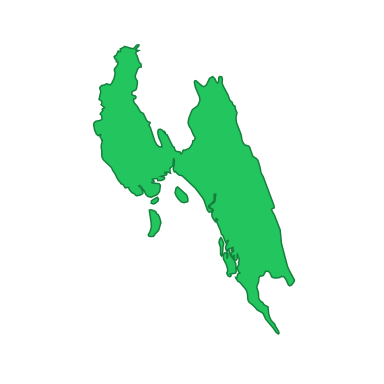 map outline of Chittagong (orthographic projection), rotated 349°
{"feature_id": "BGD-2476", "entity_name": "Chittagong", "entity_type": "Division", "adm_level": 1, "iso_a3": "BGD", "parent_name": "Bangladesh", "parent_adm1": "", "projection": "orthographic", "projection_center": [91.588, 22.498], "detail": "fine", "context": "isolated", "style": "filled", "palette": "green", "viewbox_px": 384, "rotation_deg": 349, "n_neighbors": 0, "source": "natural_earth", "source_scale": "10m", "svg_char_len": 6077}
<svg xmlns="http://www.w3.org/2000/svg" viewBox="0 0 384 384"><g transform="rotate(349 192 192)"><path d="M272.4,287.3L275.8,298.1L275.0,299.5L273.4,301.2L271.5,302.5L269.8,302.7L268.9,301.5L267.6,296.1L266.0,292.6L263.8,292.1L261.1,292.7L257.6,292.4L255.7,291.8L254.1,290.6L253.0,286.1L251.9,284.6L249.3,283.8L246.1,287.6L242.2,287.8L241.2,289.5L240.1,293.3L237.9,296.6L237.4,298.2L238.0,303.4L237.2,309.2L238.3,312.0L240.2,313.8L241.3,316.5L244.7,319.3L244.0,326.4L244.4,330.0L245.3,333.3L248.1,337.8L248.3,339.5L250.4,345.3L250.5,347.2L249.8,347.8L249.3,347.5L247.8,345.8L245.8,341.2L240.1,330.9L238.7,325.1L238.2,324.2L233.8,320.5L230.7,315.4L227.1,311.1L226.5,309.6L226.4,307.8L227.0,302.0L226.4,298.2L221.8,289.9L220.1,288.5L218.8,285.6L218.5,284.2L219.6,284.7L221.2,281.5L222.6,280.5L224.1,281.1L223.1,280.1L222.3,278.5L221.8,275.0L224.4,271.7L224.1,270.2L225.6,268.0L225.2,267.2L225.7,266.3L225.6,265.6L224.5,264.8L225.0,262.3L224.7,261.6L224.1,262.9L224.7,262.9L223.6,265.9L222.7,267.2L221.3,267.2L220.6,266.1L221.3,262.3L220.7,262.3L220.3,263.8L219.5,263.7L218.5,261.3L218.7,259.4L220.5,258.6L221.8,257.4L221.3,256.8L219.9,257.8L219.3,257.1L219.8,255.8L221.8,255.0L221.8,254.3L217.9,254.7L215.1,255.6L214.3,254.8L214.4,252.7L215.3,250.8L216.8,250.1L216.1,249.2L216.4,248.3L218.4,247.1L218.4,246.4L216.8,246.9L215.6,248.4L214.8,245.4L214.2,241.1L212.7,238.9L212.7,235.6L210.6,226.5L210.5,223.5L211.6,224.0L211.2,222.8L210.4,223.0L209.9,224.1L209.9,225.8L209.3,225.8L207.7,222.4L207.1,220.2L207.1,218.0L207.5,216.7L209.3,214.3L209.2,212.9L207.0,211.2L206.8,209.0L208.2,208.0L212.1,206.4L213.0,204.8L214.9,198.5L213.2,198.5L212.3,203.3L212.4,204.0L209.7,206.5L205.9,208.5L205.3,209.4L205.6,210.8L208.2,212.5L208.2,214.2L206.8,215.2L205.0,215.1L203.7,213.1L202.3,203.0L201.4,199.8L195.9,188.8L185.4,174.1L182.8,173.1L181.4,171.7L179.6,168.7L178.9,169.1L178.4,168.7L177.9,166.6L178.1,165.5L178.8,164.5L180.7,158.1L180.7,156.0L180.1,156.0L178.4,162.3L177.6,163.3L175.8,163.8L174.7,165.3L174.3,167.3L174.5,169.4L172.1,167.9L168.9,167.5L168.9,168.2L170.6,168.7L170.9,169.5L170.0,170.3L164.4,170.7L167.8,172.3L167.6,173.6L166.5,174.4L163.8,174.8L160.6,174.3L160.5,172.3L158.3,171.8L155.5,171.8L155.5,172.3L156.5,173.3L156.9,174.2L156.3,174.9L154.4,174.8L154.4,175.4L161.3,177.6L162.2,179.4L161.9,180.5L160.3,185.2L158.7,186.8L157.1,188.0L150.9,189.4L147.8,187.9L146.2,185.5L145.3,181.7L142.1,175.6L140.9,176.0L142.1,177.2L143.2,179.7L143.8,182.3L143.6,183.9L142.0,184.8L139.3,185.2L136.9,185.1L135.8,184.2L135.3,182.9L133.0,181.3L131.1,178.1L130.5,175.5L129.6,175.2L127.2,175.3L125.8,171.6L123.8,170.3L123.3,168.7L122.2,167.1L120.8,163.1L120.2,160.1L118.3,155.7L117.6,152.6L111.4,143.9L110.5,141.6L110.3,139.6L111.3,134.2L111.4,130.6L111.9,128.6L113.5,125.3L113.2,123.6L113.7,123.6L112.4,120.7L112.3,119.5L113.2,118.8L112.6,118.6L112.6,118.1L110.6,118.8L109.2,116.9L108.2,112.6L108.3,107.4L109.0,105.4L111.1,104.2L115.8,104.2L117.7,103.2L117.8,99.9L117.4,98.7L116.7,98.1L117.4,97.1L120.1,95.0L119.5,94.0L119.8,93.3L122.0,92.6L122.2,92.2L119.4,88.9L120.1,88.2L120.8,86.4L120.3,85.2L118.4,83.4L121.5,76.3L121.6,75.0L121.2,73.1L121.5,71.7L123.6,70.2L126.6,70.2L128.8,69.4L132.2,71.3L134.0,69.9L137.2,65.6L138.8,61.9L139.3,59.8L138.9,58.1L139.6,56.0L141.9,54.3L143.5,52.5L144.1,50.6L142.5,49.6L143.1,48.4L141.7,46.3L141.4,44.1L143.8,43.2L146.5,39.5L147.6,40.4L148.7,40.5L148.8,37.9L152.5,36.9L153.5,36.2L160.2,39.6L162.2,40.0L165.4,37.5L167.0,37.1L168.0,37.5L167.7,38.5L163.8,41.3L163.8,41.7L166.8,43.0L163.9,43.9L163.2,45.2L164.1,48.1L164.8,53.8L165.3,55.2L166.4,56.7L166.0,59.6L164.7,59.4L163.2,60.0L162.2,60.9L158.5,67.0L158.3,69.5L159.5,72.6L159.3,74.3L157.6,79.1L156.8,80.6L155.3,81.4L152.5,81.9L151.7,83.6L152.0,85.6L154.6,86.8L155.2,88.1L154.4,89.5L152.3,89.6L152.0,91.7L152.3,93.3L154.7,97.7L156.7,103.6L158.8,105.2L159.3,106.0L161.0,112.6L161.8,114.4L163.9,115.5L164.2,116.0L162.4,118.3L163.4,120.7L165.2,134.9L166.3,138.6L168.2,141.2L171.0,142.0L171.3,139.1L169.8,131.6L169.7,127.7L170.2,125.6L171.1,124.3L172.9,124.3L174.5,125.5L176.3,128.5L176.6,127.7L177.1,128.5L177.1,130.0L178.5,131.2L181.8,143.6L183.0,144.5L183.4,148.0L184.5,149.2L187.8,150.3L188.5,152.5L189.8,151.7L191.0,149.5L191.7,149.2L193.5,149.6L197.4,148.6L198.4,148.0L200.9,145.4L202.3,143.3L202.4,142.1L202.8,141.8L204.0,141.8L205.6,139.6L204.2,135.9L203.0,129.8L201.8,127.0L201.3,123.4L202.9,119.1L207.4,112.0L208.7,110.9L213.2,108.9L214.5,107.9L217.3,103.6L217.5,100.2L215.3,89.9L215.2,86.5L215.3,84.6L215.8,83.5L217.0,83.4L222.4,90.1L223.7,90.8L225.6,90.3L227.0,89.1L230.9,83.8L234.3,82.6L236.0,85.1L236.8,88.5L237.9,90.0L239.1,88.8L240.1,84.7L241.5,83.9L243.2,84.8L243.4,86.7L242.4,90.5L242.7,93.4L245.8,103.5L246.7,109.2L248.6,111.7L248.8,114.2L250.6,116.0L250.5,119.4L251.3,122.7L249.3,127.4L248.9,132.2L251.1,144.8L251.0,150.9L251.7,153.9L253.2,156.2L255.9,157.3L257.1,158.8L258.5,168.4L261.7,171.6L262.5,173.0L262.9,174.3L263.5,181.1L263.4,186.3L264.8,190.5L269.9,221.0L269.7,223.2L267.6,223.7L266.6,224.6L268.5,230.5L271.3,246.0L270.0,259.5L271.5,282.9L272.4,287.3ZM152.7,204.5L153.3,206.7L154.5,207.8L155.3,211.0L155.7,216.0L152.0,223.2L149.1,225.4L148.1,225.6L147.1,227.1L145.6,228.2L142.2,227.7L141.3,227.1L140.8,225.8L143.2,222.9L145.3,219.1L146.0,214.8L146.6,201.7L148.0,201.5L150.9,202.9L152.7,204.5ZM217.3,255.6L217.6,261.4L220.5,267.3L221.3,270.8L220.2,278.4L219.4,279.9L213.9,279.9L214.4,281.7L213.4,282.3L212.5,282.2L211.3,281.0L210.7,278.8L210.7,278.1L212.0,276.3L212.2,273.2L211.8,269.7L210.1,263.8L210.5,260.5L212.1,257.9L213.0,258.0L214.2,258.9L214.6,260.1L213.4,264.1L214.6,262.5L215.1,260.4L215.0,258.1L214.5,256.2L217.3,255.6ZM178.8,184.2L186.1,193.8L186.7,197.6L186.0,200.6L182.1,201.0L179.5,199.6L177.1,196.0L175.7,192.5L175.2,189.6L177.1,185.1L178.8,184.2ZM213.3,248.0L213.1,249.5L211.9,251.7L211.3,254.8L209.5,259.6L208.8,260.5L208.1,259.0L209.4,251.7L208.8,247.1L209.7,244.4L211.6,242.2L212.1,242.8L213.3,248.0ZM150.6,192.8L156.9,190.5L157.8,192.2L157.0,194.3L153.6,196.2L151.5,196.3L149.8,195.2L150.6,192.8Z" fill="#22c55e" stroke="#15803d" stroke-width="1.5"/></g></svg>